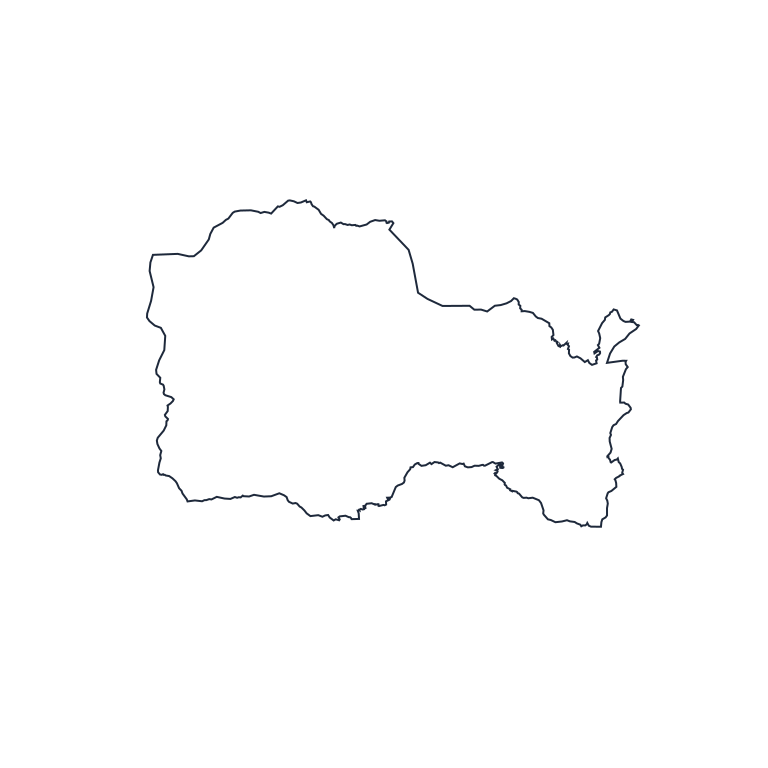 Cupseni, Maramures, Romania, rotated 316°
{"feature_id": "2599482B77802981627900", "entity_name": "Cupseni", "entity_type": "district", "adm_level": 2, "iso_a3": "ROU", "parent_name": "Romania", "parent_adm1": "Maramures", "projection": "equal_earth", "projection_center": [23.93, 47.545], "detail": "fine", "context": "isolated", "style": "outline", "palette": "slate", "viewbox_px": 768, "rotation_deg": 316, "n_neighbors": 0, "source": "geoboundaries", "source_scale": "gbopen_adm2", "svg_char_len": 6166}
<svg xmlns="http://www.w3.org/2000/svg" viewBox="0 0 768 768"><g transform="rotate(316 384 384)"><path d="M497.4,608.7L498.7,605.2L498.6,603.2L500.5,600.0L499.0,600.1L497.1,598.9L492.9,598.3L492.7,597.8L494.0,595.4L494.1,593.2L495.2,591.9L495.2,591.5L494.2,591.4L494.4,591.1L499.3,590.7L502.7,588.8L506.4,582.2L508.8,579.5L511.9,578.3L512.7,576.5L518.3,573.5L520.5,573.1L523.2,574.0L526.5,573.2L534.7,572.8L538.4,573.5L540.0,574.3L544.0,573.7L544.9,572.4L545.4,568.4L544.0,565.9L543.9,564.2L541.0,561.5L541.8,560.5L551.7,551.5L553.7,551.4L558.8,547.3L560.8,544.8L568.3,541.4L571.1,541.1L571.6,537.7L573.1,535.9L574.3,535.5L571.8,533.0L559.1,523.7L567.8,519.1L575.7,517.0L582.1,517.5L588.8,519.1L595.7,518.2L603.6,519.6L608.0,518.9L607.7,517.9L606.7,517.2L606.8,513.3L605.4,511.6L607.7,510.9L606.7,509.3L604.3,510.0L600.9,507.1L600.0,505.0L599.5,501.2L602.7,492.9L601.0,489.9L598.2,490.4L596.5,489.7L595.0,490.6L593.4,490.6L589.4,489.8L587.4,491.3L583.2,491.7L574.8,494.6L573.9,497.1L571.4,501.2L566.7,504.5L564.9,504.6L564.1,507.6L557.5,506.9L556.7,508.2L560.8,508.9L561.9,510.7L560.9,511.9L559.3,512.3L557.3,511.5L555.4,512.0L555.6,512.8L554.4,514.5L552.9,514.4L551.3,516.8L546.9,514.7L546.3,511.5L547.2,508.5L543.7,507.7L543.2,502.1L541.9,498.2L539.4,497.2L538.0,496.0L537.5,493.4L538.3,490.4L540.9,487.9L540.6,486.6L543.3,485.3L543.4,483.4L544.4,482.8L543.3,482.1L543.0,481.5L543.7,481.1L539.9,481.0L539.7,480.4L537.4,479.6L537.7,478.3L536.5,479.4L535.9,477.8L536.8,474.6L537.9,474.6L538.0,474.0L537.4,473.2L537.7,471.6L536.7,471.3L537.4,468.9L535.8,468.6L537.3,466.6L539.9,466.5L543.1,462.3L543.6,459.5L543.2,457.3L545.1,455.1L542.7,446.5L540.5,443.4L540.1,440.8L540.5,436.3L538.7,433.1L535.9,429.3L533.5,427.3L534.6,426.2L534.5,424.2L536.4,422.4L536.1,420.4L537.9,418.6L538.5,415.8L538.0,414.3L537.0,412.5L533.1,412.6L528.2,411.1L522.8,408.3L518.1,404.7L508.6,403.5L505.5,397.9L500.6,393.3L499.9,387.2L480.3,368.5L474.4,353.0L471.9,342.0L488.2,317.4L494.9,304.6L495.1,276.7L502.5,274.8L502.7,272.6L500.6,270.7L499.6,271.3L497.9,270.3L497.8,269.7L498.7,268.8L498.4,266.9L494.1,263.4L491.5,259.9L486.7,257.7L482.3,257.2L475.9,253.7L474.6,251.2L473.9,250.9L473.9,249.7L471.1,247.4L470.1,245.4L468.3,244.3L467.0,241.8L465.9,240.9L465.1,237.9L461.5,236.0L460.0,235.9L457.7,236.2L456.5,237.3L457.9,234.7L458.4,232.1L457.9,229.2L458.2,227.8L457.4,225.7L457.5,221.0L456.9,217.9L458.0,213.3L457.1,208.0L456.4,206.8L456.8,204.4L457.7,202.5L457.7,201.4L454.7,199.6L455.5,197.7L450.3,195.7L447.5,193.7L446.1,190.0L443.8,186.5L442.4,185.5L435.4,185.1L432.0,184.0L431.0,182.5L421.2,183.0L420.1,180.7L417.5,177.1L414.0,175.3L413.2,172.8L408.9,166.6L401.2,159.5L396.4,156.3L394.1,155.8L386.9,156.9L384.3,156.1L379.9,156.0L370.1,153.2L363.3,155.4L358.4,158.3L345.3,160.9L336.0,160.0L332.3,156.6L326.0,147.1L307.5,130.6L300.4,134.3L293.9,139.9L285.5,154.3L274.2,162.4L262.6,168.8L259.7,171.5L259.0,175.8L259.7,182.7L262.5,188.6L260.1,197.4L249.5,207.0L238.7,210.8L229.9,215.5L227.4,218.7L227.4,224.1L224.0,227.0L223.4,228.2L224.6,231.0L224.3,232.2L222.3,235.3L219.4,237.1L218.7,238.4L218.9,240.2L221.9,245.7L222.1,248.9L220.4,249.6L216.9,249.7L213.3,249.1L212.7,250.3L209.6,253.2L204.9,254.0L204.2,255.4L204.3,259.1L203.0,259.8L201.6,259.7L198.7,262.5L193.1,264.5L183.9,265.5L181.3,266.9L179.3,269.8L177.7,274.4L177.3,277.5L173.6,279.7L171.8,282.4L167.9,284.5L161.4,289.1L160.2,290.6L160.0,293.5L161.1,295.0L162.4,295.4L162.4,296.3L163.2,297.0L163.4,298.1L165.5,301.0L166.3,304.9L166.5,309.1L166.1,311.5L164.2,316.7L164.2,320.1L163.0,322.8L162.0,330.0L161.1,332.0L167.1,336.4L171.7,342.0L174.1,342.8L175.5,344.1L178.3,345.4L179.7,347.2L185.3,349.0L189.7,355.6L193.7,360.0L198.2,361.7L199.3,363.8L200.9,364.6L202.1,366.0L204.9,366.2L205.0,367.1L208.8,371.2L213.5,373.4L219.4,381.5L224.9,386.4L232.8,389.9L234.8,394.6L235.4,397.7L234.0,400.7L233.8,402.7L235.3,406.6L237.7,408.2L238.4,409.8L238.2,413.6L238.8,415.4L238.9,419.7L238.5,423.3L239.3,427.9L245.6,432.7L247.5,436.7L250.4,437.7L252.8,439.4L252.2,442.3L253.0,447.2L255.3,447.8L257.1,450.9L258.1,450.6L258.6,448.3L260.2,448.5L264.8,452.0L266.2,455.4L267.0,456.2L267.2,457.4L266.8,458.7L272.3,463.7L276.0,459.4L277.1,456.9L277.5,457.3L278.4,457.1L278.6,457.9L279.0,457.3L280.5,457.7L281.5,459.5L282.7,460.2L283.2,459.8L284.4,460.4L285.0,459.6L283.7,458.6L284.5,457.5L285.9,458.5L288.3,458.1L292.3,461.2L293.3,463.5L294.0,464.0L293.8,464.7L296.3,466.3L296.5,466.7L295.4,467.7L295.6,468.3L299.6,470.6L300.2,471.7L301.8,472.2L303.9,469.8L307.6,471.0L308.5,470.7L308.3,469.9L306.9,469.1L307.3,468.0L309.0,469.6L311.0,470.6L320.9,466.3L323.4,466.6L327.5,468.4L329.9,468.7L331.7,467.8L333.5,465.6L339.6,463.8L343.6,463.5L345.2,462.4L347.1,463.9L350.2,463.3L353.0,464.0L353.9,464.8L353.4,465.5L354.1,468.9L357.6,471.4L362.4,472.5L362.5,474.6L366.1,475.2L368.4,478.0L368.6,479.1L369.8,479.6L371.7,485.7L374.0,487.3L375.6,491.6L383.3,493.7L384.8,496.0L386.0,496.6L385.0,499.4L386.4,502.2L389.3,504.6L392.4,505.7L395.3,508.7L398.4,510.4L399.1,511.0L399.2,512.2L399.9,512.9L407.6,515.3L408.1,515.8L408.9,518.7L414.4,522.4L414.5,523.8L411.6,525.4L412.1,526.9L411.7,527.1L410.8,526.7L409.4,525.0L410.6,523.5L412.3,523.3L412.2,522.6L410.9,521.9L407.5,521.7L406.7,524.3L404.7,523.7L405.4,525.1L404.9,525.9L403.0,526.3L402.2,526.0L402.2,525.2L401.3,525.2L401.2,526.8L400.6,527.0L401.0,528.3L401.1,532.2L402.2,535.4L402.2,537.6L402.2,539.1L401.1,539.9L400.9,540.8L401.3,541.8L400.5,544.1L401.7,547.5L400.9,548.1L401.7,550.3L402.2,550.1L404.5,553.4L404.7,554.4L404.3,555.4L405.0,556.7L404.7,561.5L405.3,562.9L407.6,564.8L408.4,566.4L412.0,569.1L414.7,575.2L414.3,578.7L411.0,585.7L408.6,587.7L408.2,589.0L407.9,595.2L409.5,597.7L411.3,602.5L416.5,606.5L421.0,609.1L422.3,611.9L425.3,615.7L425.9,618.2L427.5,621.6L427.1,623.4L428.9,623.9L430.6,625.6L432.5,625.7L433.7,625.2L432.9,628.2L433.8,630.4L440.9,637.4L444.4,634.4L447.0,633.0L450.7,633.9L453.1,633.5L458.2,628.2L461.9,625.5L463.6,623.0L464.4,620.5L469.0,618.0L470.3,617.8L473.3,618.9L479.7,619.4L482.2,616.5L483.6,614.0L483.8,612.8L485.8,612.8L489.4,613.9L489.8,613.6L493.4,614.8L493.6,613.4L496.4,611.7L496.3,610.4L497.4,608.7Z" fill="none" stroke="#1e293b" stroke-width="2"/></g></svg>